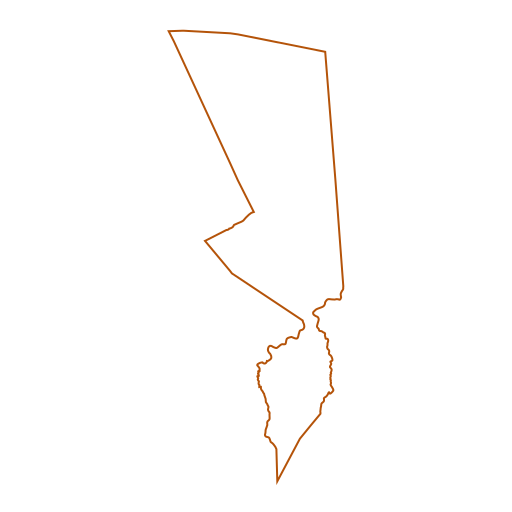 the district of Santa Maria del Real, Olancho, Honduras
{"feature_id": "27666195B43578423594427", "entity_name": "Santa Maria del Real", "entity_type": "district", "adm_level": 2, "iso_a3": "HND", "parent_name": "Honduras", "parent_adm1": "Olancho", "projection": "natural_earth1", "projection_center": [-85.945, 14.782], "detail": "fine", "context": "isolated", "style": "outline", "palette": "amber", "viewbox_px": 512, "rotation_deg": 0, "n_neighbors": 0, "source": "geoboundaries", "source_scale": "gbopen_adm2", "svg_char_len": 6001}
<svg xmlns="http://www.w3.org/2000/svg" viewBox="0 0 512 512"><path d="M266.9,361.1L266.8,361.8L266.0,362.9L265.3,363.3L265.0,363.5L264.5,363.5L263.8,363.4L263.0,363.0L262.5,362.4L262.3,362.4L262.0,362.4L260.6,362.7L259.7,363.0L258.2,363.8L257.7,364.2L257.4,364.5L257.3,365.0L257.3,365.4L258.1,366.3L258.9,367.3L259.2,367.7L259.5,368.4L259.6,368.8L259.6,369.4L259.5,369.9L259.5,370.2L259.6,370.5L259.6,370.8L259.6,371.1L259.4,371.2L258.9,371.3L258.5,371.1L258.3,371.2L258.2,371.3L258.3,371.9L258.6,372.3L258.7,372.6L258.6,372.9L258.5,373.1L258.1,373.3L258.0,373.5L258.1,374.0L258.6,374.6L258.8,375.4L258.8,375.7L258.8,375.9L258.7,376.0L257.9,376.1L257.5,376.1L257.4,376.2L257.4,376.3L257.4,376.6L257.6,377.0L257.9,377.6L258.2,378.1L258.2,378.3L258.0,379.0L257.8,379.4L257.8,379.6L258.2,380.5L258.5,380.9L258.8,381.1L258.9,381.3L258.8,381.9L258.6,383.1L258.6,383.7L258.7,384.1L258.8,384.3L258.9,384.5L259.2,384.7L259.4,385.0L259.3,386.0L259.3,387.0L260.8,386.7L260.9,386.8L260.9,388.6L261.0,388.8L261.2,389.3L261.8,390.4L262.7,391.4L262.8,391.6L262.9,391.9L263.1,392.4L263.6,393.2L264.0,393.6L264.1,393.8L264.3,395.0L265.6,398.8L265.9,402.1L266.2,402.6L267.3,404.2L267.7,405.3L268.3,406.3L268.4,406.7L268.5,407.0L268.4,407.4L268.1,408.9L268.0,409.6L268.2,410.4L268.6,411.3L268.9,411.7L269.3,412.1L269.5,412.4L269.5,412.7L269.6,413.3L269.5,414.5L269.6,417.5L269.6,418.6L269.5,419.2L269.2,419.7L268.7,420.3L267.7,421.2L267.5,421.6L267.3,422.0L267.2,422.7L267.3,425.1L267.0,425.9L266.7,426.9L265.9,429.1L265.7,429.7L265.6,430.2L265.5,432.1L265.3,433.4L265.0,434.5L265.0,435.1L265.1,435.6L265.3,435.9L265.6,436.3L266.0,436.6L266.5,436.8L268.4,437.3L268.8,437.5L269.1,437.8L269.3,438.1L269.6,438.8L269.9,439.5L270.3,440.9L270.7,441.9L271.1,442.3L271.9,442.8L272.6,443.4L273.1,443.9L273.7,444.6L275.3,446.8L276.4,449.1L277.3,481.3L299.9,438.7L311.0,425.1L320.4,413.8L320.5,413.0L320.3,411.7L320.4,410.7L320.6,409.0L320.7,407.8L321.0,406.8L321.3,404.3L321.4,403.8L321.8,403.2L322.5,402.6L323.3,401.9L323.6,401.6L323.8,401.3L323.9,400.9L324.0,400.5L324.0,399.4L323.9,398.3L324.0,398.1L324.6,397.5L325.8,396.8L326.3,396.4L326.7,395.9L327.1,395.5L327.9,394.2L328.4,393.0L328.8,392.4L329.0,392.3L329.3,392.7L329.4,393.2L329.7,393.5L330.1,393.6L330.5,393.5L331.3,392.9L332.3,391.9L333.1,390.9L333.3,390.6L333.3,390.3L333.3,389.7L332.9,388.7L331.8,386.8L330.9,385.5L330.6,384.7L330.6,384.3L330.9,383.8L331.0,383.1L331.0,382.6L330.7,381.5L330.7,380.8L330.9,380.2L330.4,379.4L330.3,379.1L330.5,378.8L330.5,378.6L330.5,378.3L330.3,377.7L330.4,377.3L330.5,376.9L330.7,376.5L330.8,376.1L330.7,375.6L330.4,375.2L330.4,374.8L330.4,374.6L330.8,374.2L331.1,373.7L331.1,373.4L330.8,372.7L331.5,370.8L331.6,370.0L331.6,369.5L331.4,368.9L330.3,367.5L330.0,367.1L330.0,366.8L330.0,366.5L330.1,366.2L331.0,364.5L331.2,363.9L331.2,363.6L331.1,363.3L330.9,362.8L330.5,362.1L330.4,361.7L330.5,361.5L330.6,361.4L331.7,361.0L332.1,360.7L332.3,360.5L332.4,360.3L332.4,359.6L332.3,358.9L332.0,357.9L331.6,356.9L331.2,356.1L330.6,355.4L329.5,354.6L329.2,354.2L329.0,353.7L328.9,353.2L329.0,352.8L329.1,352.2L329.2,351.7L329.2,351.1L329.1,350.7L329.0,350.4L328.6,349.8L328.2,349.4L327.7,349.0L327.6,348.7L327.3,348.2L327.2,347.7L327.1,347.3L327.1,346.8L327.1,346.5L327.4,345.8L327.5,344.9L327.5,344.2L327.5,343.5L327.5,343.2L327.6,342.9L327.9,342.1L328.1,341.4L328.2,340.5L328.1,339.9L327.9,339.3L327.5,338.9L326.9,338.7L326.4,338.8L326.1,338.7L325.7,338.6L325.6,338.4L325.4,337.8L325.3,336.8L325.0,336.0L324.9,335.1L325.1,334.2L325.1,333.9L325.0,333.5L324.8,333.1L324.5,332.9L324.2,332.7L323.9,332.6L323.6,332.6L323.3,332.4L322.4,331.7L321.6,331.2L321.3,331.2L320.8,331.1L320.2,331.0L319.7,330.9L319.4,330.7L319.1,330.3L318.8,329.4L318.6,328.7L317.9,328.0L317.5,327.6L317.3,327.3L317.0,326.7L317.0,326.3L317.0,326.0L317.7,323.3L318.2,321.7L318.6,320.2L318.7,319.3L318.6,318.5L318.2,317.7L317.9,317.2L317.6,317.0L317.2,316.7L316.2,316.3L314.8,315.5L313.7,314.7L313.5,314.4L313.3,314.0L313.2,313.5L313.1,313.1L313.2,312.4L313.4,312.0L314.3,311.1L315.9,309.6L317.2,308.9L318.7,308.3L321.2,307.4L322.2,307.0L323.1,306.5L323.6,306.1L324.3,305.3L324.8,304.3L325.0,303.6L325.1,302.5L325.3,302.1L325.8,301.2L326.7,300.1L327.1,299.7L327.6,299.4L328.2,299.2L329.0,299.1L331.9,299.4L333.8,299.5L335.0,299.5L336.2,299.2L337.0,299.2L338.3,299.3L339.0,299.6L339.3,299.7L339.7,299.7L340.1,299.5L340.4,299.1L340.7,298.6L340.9,298.0L341.1,297.4L341.1,297.1L340.9,296.1L340.7,294.7L340.7,294.0L340.8,293.5L341.1,292.7L341.8,291.3L342.9,289.7L343.1,289.2L343.2,288.8L343.2,287.5L343.3,286.2L335.4,180.0L325.2,51.8L238.0,34.4L230.3,33.3L183.3,30.7L168.7,31.2L173.9,41.4L230.3,163.6L237.7,180.0L253.8,212.0L252.6,212.4L251.3,212.9L248.9,214.7L245.9,217.6L243.3,220.6L241.5,221.7L237.7,223.3L234.1,224.9L233.6,225.6L233.2,226.5L232.4,227.3L231.4,227.9L230.2,228.4L229.2,228.6L228.9,229.1L228.5,229.4L228.0,229.7L227.4,229.9L226.4,230.0L205.0,240.9L230.2,271.1L231.9,273.4L302.7,320.5L302.7,321.0L303.0,321.9L303.5,323.2L304.0,324.3L304.2,325.6L304.3,326.3L304.2,327.2L304.0,327.9L303.5,328.8L303.1,329.2L302.7,329.5L302.2,329.8L300.6,330.3L300.0,330.6L299.9,330.7L299.5,331.6L298.7,334.3L298.3,336.1L298.1,336.9L297.6,337.9L297.4,338.2L297.1,338.4L296.7,338.5L296.4,338.6L295.2,338.4L294.3,338.1L291.6,337.0L291.2,337.0L289.2,337.5L287.9,338.0L287.5,338.3L287.1,338.6L286.8,338.9L286.6,339.4L286.3,340.4L286.0,342.1L285.8,343.0L285.6,343.7L285.3,344.0L285.2,344.1L284.9,344.2L284.1,344.3L283.6,344.3L282.9,344.2L282.5,344.2L281.8,344.3L281.3,344.5L280.5,345.0L277.5,347.5L277.2,347.7L276.8,347.9L276.4,348.0L276.0,348.0L274.9,347.7L273.2,347.0L271.7,346.1L271.0,345.9L270.4,345.9L269.9,345.9L269.4,346.2L269.0,346.5L268.7,346.9L268.5,347.2L268.3,347.7L268.1,348.4L267.9,349.5L268.0,350.1L268.0,350.6L268.4,351.5L268.8,352.3L269.2,352.9L270.1,353.7L270.7,354.9L271.1,355.7L271.2,356.3L271.3,356.9L271.3,357.6L271.2,358.2L270.9,358.7L270.4,359.3L269.9,359.7L268.9,360.4L267.8,361.0L267.2,361.2L266.9,361.1Z" fill="none" stroke="#b45309" stroke-width="2"/></svg>